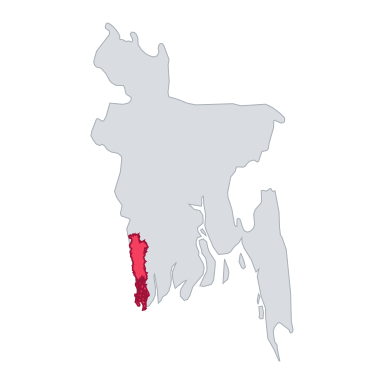 location of Satkhira, Khulna, Bangladesh
{"feature_id": "16705992B60176987344662", "entity_name": "Satkhira", "entity_type": "district", "adm_level": 2, "iso_a3": "BGD", "parent_name": "Bangladesh", "parent_adm1": "Khulna", "projection": "equal_earth", "projection_center": [89.15, 22.3], "detail": "fine", "context": "in_parent", "style": "filled", "palette": "rose", "viewbox_px": 384, "rotation_deg": 0, "n_neighbors": 0, "source": "geoboundaries", "source_scale": "gbopen_adm2", "svg_char_len": 9669}
<svg xmlns="http://www.w3.org/2000/svg" viewBox="0 0 384 384"><path d="M135.6,284.1L135.5,273.5L129.9,252.5L130.2,250.2L129.0,240.0L127.6,234.4L126.8,228.5L130.2,219.9L128.9,218.5L121.3,215.9L120.4,213.7L122.1,205.3L116.6,197.3L114.5,191.4L120.3,172.2L121.8,158.9L121.4,156.3L117.8,153.3L111.6,152.1L107.2,149.6L104.6,145.9L102.4,144.4L99.7,145.5L96.2,144.0L93.4,140.3L90.9,135.7L91.9,130.8L96.5,119.0L98.2,118.7L102.1,121.0L103.6,121.0L106.2,116.3L109.8,103.1L122.5,104.3L125.5,103.8L128.7,102.8L130.4,101.1L131.3,99.0L131.0,97.2L127.1,94.7L125.6,92.9L124.6,87.6L123.4,85.6L115.8,85.3L111.9,82.9L109.7,80.7L105.9,73.6L101.1,68.2L96.5,67.0L94.8,65.3L93.8,62.5L94.4,58.6L96.7,51.0L109.3,34.7L109.6,32.9L109.1,30.8L105.5,28.2L105.2,26.9L106.3,23.5L108.3,23.0L112.7,26.1L117.1,31.2L119.7,35.7L119.7,39.2L123.2,39.9L126.0,41.5L129.0,41.0L130.9,41.9L132.2,41.6L132.7,39.5L130.2,34.4L131.4,32.2L134.3,32.4L136.3,34.3L137.9,38.2L138.1,44.4L141.5,49.9L146.0,53.9L149.4,55.7L153.6,57.0L157.2,55.8L159.0,51.9L158.2,48.4L158.8,45.3L160.2,43.6L162.4,43.7L164.1,46.2L169.0,59.5L168.1,65.4L169.2,81.6L168.0,92.3L168.7,96.3L169.6,97.1L177.0,99.1L187.7,103.3L195.9,104.9L232.9,103.7L241.0,105.8L265.8,104.2L272.5,107.6L279.9,113.2L284.1,117.3L284.8,119.7L284.4,121.7L283.0,122.8L280.5,122.9L274.6,120.2L273.7,121.0L273.6,127.4L269.0,143.5L268.4,148.5L266.8,150.5L261.9,151.5L258.7,161.0L257.4,162.1L254.1,160.1L252.1,160.4L249.6,161.3L247.1,163.4L245.4,166.1L243.5,167.1L236.5,166.9L235.2,171.3L230.7,177.0L227.7,192.2L227.9,196.8L231.8,209.0L234.6,224.7L235.6,226.3L236.9,226.5L237.0,219.3L238.2,218.3L239.9,219.1L243.2,228.9L245.1,231.4L247.9,232.1L251.2,230.6L253.7,227.7L254.6,224.6L253.7,214.0L255.2,209.7L260.8,203.3L261.6,201.3L261.2,190.7L263.3,190.3L266.2,191.2L269.8,188.7L270.9,188.6L272.4,191.3L275.0,190.8L279.0,211.9L279.5,226.8L280.4,235.0L281.8,236.9L286.2,249.3L290.6,293.1L291.3,321.0L293.1,330.5L291.7,332.6L290.3,333.0L289.0,329.7L279.8,322.6L277.5,323.3L274.4,327.4L273.2,331.3L273.8,336.6L274.8,341.9L277.0,344.9L277.2,348.3L279.8,360.9L279.0,361.0L274.0,349.5L267.8,338.3L265.7,318.1L265.5,308.2L261.2,296.5L257.2,276.2L258.9,269.0L256.0,272.1L251.3,259.9L244.1,248.0L242.0,242.7L241.9,237.6L238.8,242.8L234.6,246.4L230.4,251.9L227.6,253.5L218.6,254.5L213.3,247.2L205.8,229.4L204.8,225.3L205.7,214.9L203.9,205.0L203.4,196.2L202.1,197.0L201.6,199.4L201.8,203.1L201.3,206.2L188.8,204.2L194.2,209.4L199.9,210.6L202.9,215.3L203.1,223.0L197.5,227.7L198.0,231.6L201.3,236.4L197.3,237.8L196.2,240.9L196.2,245.4L199.0,252.3L198.5,255.0L203.3,264.0L204.2,268.3L203.0,274.4L192.8,286.8L189.9,295.5L187.4,299.6L184.2,300.4L180.4,296.2L180.3,292.0L181.1,288.6L186.4,280.4L183.5,281.5L175.2,288.3L173.6,282.8L172.6,277.7L172.5,271.5L176.5,262.2L172.0,266.8L170.8,272.6L171.3,279.4L170.8,284.3L169.0,290.6L166.6,294.4L162.7,296.8L160.9,300.6L158.3,303.3L157.4,290.6L154.5,273.4L153.9,277.1L155.4,287.7L155.3,294.6L153.2,300.1L148.9,306.0L145.6,306.9L143.6,306.0L137.5,297.1L136.9,288.7L135.6,284.1ZM211.3,284.4L203.7,286.4L199.8,285.8L207.0,270.3L206.7,263.4L205.6,257.8L201.9,253.3L201.7,250.1L200.0,245.7L199.1,240.5L203.2,238.9L206.6,241.8L207.8,247.7L209.4,252.1L215.2,261.1L215.1,266.6L213.6,280.2L211.3,284.4ZM227.7,279.3L223.0,283.4L224.5,259.0L228.0,268.1L228.9,273.0L227.7,279.3ZM245.4,267.1L243.4,268.9L241.5,267.4L239.0,261.6L240.2,254.4L240.9,253.4L243.9,260.8L245.4,267.1ZM263.0,318.6L260.3,318.9L259.0,317.1L259.6,314.7L258.8,306.8L262.2,306.0L263.5,312.6L263.0,318.6ZM259.9,296.5L258.0,304.3L257.2,300.8L258.5,293.9L259.9,296.5ZM205.2,233.0L206.0,235.6L201.7,232.3L200.6,230.0L202.5,228.8L205.2,233.0Z" fill="#d9dde1" stroke="#a8b0b8" stroke-width="1"/><path d="M129.8,235.3L128.8,236.0L129.4,237.9L130.2,238.3L131.0,237.9L132.0,240.0L131.4,241.9L131.5,242.8L130.7,243.0L129.5,245.1L129.9,245.4L129.7,246.3L130.2,247.4L131.7,248.8L131.0,250.7L130.2,251.3L130.5,253.3L131.6,253.4L130.7,254.8L130.7,256.7L131.7,257.3L132.5,261.0L133.2,262.0L133.0,263.4L133.5,264.4L132.2,265.6L133.0,266.6L132.6,267.5L132.7,270.4L133.4,270.6L134.5,272.2L133.4,272.2L133.1,272.7L134.2,273.8L134.1,274.7L134.9,274.4L135.2,276.4L136.5,277.9L136.3,279.7L136.7,280.8L137.3,280.1L137.8,280.5L137.7,281.2L135.5,283.8L135.7,285.6L136.2,286.2L137.2,286.3L137.6,284.1L136.8,283.9L136.7,283.7L137.0,282.9L137.5,283.1L137.5,282.6L137.2,282.6L137.0,282.4L137.4,282.2L137.1,282.4L137.5,282.5L137.5,283.1L137.0,283.0L136.7,283.6L137.7,284.1L137.3,286.1L137.2,286.4L136.3,286.4L137.3,288.5L137.5,286.6L137.9,286.8L138.0,286.5L138.2,286.4L138.6,285.5L139.0,285.3L139.3,285.4L139.4,285.6L139.8,285.0L138.4,282.5L138.6,282.0L139.5,282.0L139.0,281.6L138.9,280.7L138.0,280.4L137.1,279.0L138.1,280.3L138.9,280.5L139.7,281.9L139.4,282.3L138.6,282.2L139.1,283.6L139.9,284.5L140.4,284.3L141.1,284.7L141.2,283.6L141.8,282.5L141.1,282.5L140.9,282.3L140.7,281.9L140.6,281.0L139.7,280.7L139.4,279.9L140.4,277.4L139.6,280.4L140.6,280.7L140.8,281.1L141.0,282.3L141.7,282.4L141.9,282.6L141.1,284.9L139.9,284.6L141.2,285.8L140.1,287.4L140.5,288.0L141.6,288.1L142.4,289.4L144.1,286.1L142.8,284.4L142.4,282.6L141.8,281.7L141.8,280.5L142.4,280.9L142.6,279.9L143.0,279.5L142.2,279.1L142.0,279.6L141.3,279.8L141.3,279.5L141.6,278.8L141.3,279.8L142.1,279.1L141.9,278.5L142.1,276.9L141.7,276.7L141.8,276.2L141.4,276.2L141.8,276.1L141.8,276.7L142.2,277.0L142.1,278.9L143.1,279.5L142.5,281.0L141.8,280.7L142.3,282.1L143.2,281.7L142.6,281.4L142.7,280.9L143.3,280.3L144.0,280.1L143.2,277.8L144.4,276.4L143.3,277.8L144.1,280.2L142.7,281.1L143.3,281.7L142.5,282.1L142.9,283.9L143.6,283.4L144.4,283.6L145.0,283.0L144.6,280.0L144.8,279.7L145.0,281.5L147.0,278.6L146.6,276.9L147.0,276.0L146.2,274.5L147.1,272.9L145.7,272.7L145.4,271.4L144.4,269.6L145.3,269.3L145.0,267.5L143.9,267.6L144.5,266.1L143.9,264.4L144.1,263.4L144.7,263.0L144.7,262.2L145.9,261.5L144.6,260.4L143.6,257.1L144.0,256.2L144.7,255.9L145.0,254.6L144.8,254.1L144.0,253.7L144.7,253.1L144.0,252.1L144.4,251.0L144.9,251.3L144.9,252.5L145.9,253.1L145.5,252.5L146.6,251.6L144.8,250.3L144.7,247.4L145.2,248.6L145.9,248.6L146.5,249.5L146.9,248.8L146.7,247.7L147.8,247.5L147.9,246.7L147.0,245.5L146.4,243.3L146.1,242.9L145.2,243.1L145.0,241.8L144.2,241.9L144.4,240.4L142.0,241.9L140.9,241.4L140.5,242.5L139.7,242.7L139.6,242.3L140.3,241.9L140.3,241.1L139.8,240.5L139.7,241.0L139.4,241.0L138.9,240.1L139.0,238.4L138.2,237.1L138.5,236.5L139.4,237.3L139.6,236.8L138.9,235.1L138.2,234.6L138.4,234.1L137.8,234.5L138.1,234.9L137.8,235.4L136.8,234.4L135.5,235.0L135.2,234.3L134.9,235.0L133.9,234.0L132.7,234.3L133.0,235.8L132.3,235.4L131.4,235.9L131.1,235.4L130.6,236.0L130.3,235.6L129.8,236.0L129.8,235.3ZM139.9,288.0L140.0,286.6L141.0,285.9L139.9,285.1L139.1,286.1L138.9,286.8L138.5,287.7L139.0,288.0L139.2,289.2L139.1,289.8L138.4,290.3L138.7,290.8L138.1,291.0L138.5,292.5L137.6,293.3L137.4,292.6L137.1,293.9L138.0,294.1L138.2,293.6L139.0,292.8L138.1,294.2L137.0,294.1L136.9,295.3L137.7,296.8L137.9,299.8L138.4,300.4L138.4,299.0L138.5,298.7L139.1,298.5L138.6,296.9L138.7,296.0L139.0,296.2L138.6,297.0L139.2,298.5L138.5,298.9L138.5,300.4L138.4,300.4L137.9,300.1L137.7,300.6L140.0,301.7L140.7,301.2L141.2,299.1L140.5,298.5L140.5,297.7L140.0,297.9L139.9,297.5L140.1,297.1L139.6,297.1L140.2,297.1L140.0,297.8L140.3,297.6L140.6,297.7L140.5,298.4L140.9,298.5L141.3,299.0L141.4,299.4L141.5,297.0L142.2,294.7L140.1,294.7L139.5,294.2L139.2,291.8L140.5,289.9L139.9,288.0ZM141.5,288.3L140.6,288.4L140.9,289.9L139.6,291.9L139.6,293.2L140.1,294.0L141.1,293.9L141.3,293.4L140.7,293.1L140.6,292.9L140.6,292.6L140.8,292.3L140.6,292.9L141.4,293.4L141.3,294.0L142.6,294.4L141.9,299.7L144.3,300.3L144.5,300.1L144.5,299.3L144.7,299.0L144.6,298.7L144.6,298.4L144.5,298.2L144.6,297.9L144.4,298.0L143.9,297.5L144.7,297.8L144.8,299.0L144.6,299.4L144.9,299.3L145.4,298.2L145.2,296.5L144.2,296.2L143.5,296.9L143.4,296.8L143.4,296.3L143.5,296.8L144.1,296.2L145.2,296.4L145.9,295.2L144.5,295.0L143.9,293.8L142.6,293.4L142.2,292.6L142.3,291.8L144.0,290.5L141.9,289.5L141.5,288.3ZM144.8,284.9L144.2,284.0L143.2,284.0L144.5,286.1L143.0,289.1L144.3,290.1L144.4,290.7L142.6,292.4L143.7,293.0L143.5,292.5L144.8,291.6L144.6,291.2L145.0,290.9L144.8,290.6L144.9,289.9L144.9,289.7L145.0,290.9L145.0,291.0L144.6,291.2L144.9,291.6L143.5,292.6L144.8,294.5L145.6,294.3L145.1,293.8L145.2,293.2L144.8,292.9L145.2,293.2L145.2,293.8L146.3,294.9L146.2,296.0L145.5,296.9L145.8,298.9L146.2,298.9L146.3,298.0L146.8,297.3L146.2,297.0L146.1,296.8L146.1,296.6L147.4,294.4L146.5,293.9L146.0,293.2L146.0,292.6L146.1,292.4L146.3,292.3L146.2,291.8L146.6,291.2L146.0,290.3L146.8,289.6L145.5,286.1L146.3,284.6L144.8,284.9ZM139.7,304.1L136.7,300.7L137.0,298.0L136.0,296.4L135.9,294.3L135.0,294.3L134.8,295.8L135.7,296.8L136.0,298.2L135.3,302.2L136.3,303.0L138.0,305.9L139.3,306.0L139.8,305.1L139.7,304.1ZM146.4,300.3L147.5,296.7L149.1,295.5L148.6,293.0L146.8,289.7L146.0,290.3L146.7,291.2L146.2,291.8L146.4,292.2L146.1,293.1L146.4,293.7L147.3,294.3L147.4,294.5L146.1,296.7L146.8,297.1L146.9,297.3L146.3,299.1L145.7,299.3L146.4,300.3ZM143.5,300.2L141.8,299.9L141.5,300.4L141.8,302.2L142.9,304.2L144.9,303.7L145.9,304.0L145.7,301.8L144.7,301.7L143.7,300.7L143.5,300.2ZM145.5,304.0L143.1,304.5L143.3,307.0L143.7,307.5L144.2,307.7L144.5,307.3L145.7,306.9L146.0,305.4L145.5,304.0ZM138.4,287.9L139.0,286.1L139.3,285.7L139.0,285.3L138.0,286.9L137.6,286.7L137.5,287.2L137.6,293.1L138.4,292.4L138.0,292.0L138.0,291.0L138.6,290.8L138.4,290.3L138.4,290.2L139.1,289.7L138.9,288.1L138.4,287.9ZM144.2,307.9L143.2,307.4L142.6,310.1L144.7,309.7L144.8,309.2L145.5,309.2L146.2,308.3L145.4,307.5L144.2,307.9ZM145.7,301.7L145.0,299.5L144.7,299.5L144.4,300.3L143.6,300.4L144.6,301.6L145.7,301.7Z" fill="#f43f5e" stroke="#9f1239" stroke-width="1.5"/></svg>